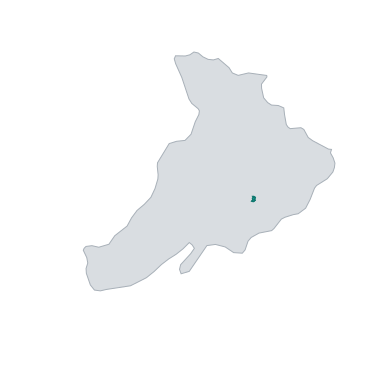 Puñal, Santiago, Dominican Republic shown in context, rotated 129°
{"feature_id": "3306468B15896052245603", "entity_name": "Puñal", "entity_type": "district", "adm_level": 2, "iso_a3": "DOM", "parent_name": "Dominican Republic", "parent_adm1": "Santiago", "projection": "robinson", "projection_center": [-70.606, 19.379], "detail": "fine", "context": "in_parent", "style": "filled", "palette": "teal", "viewbox_px": 384, "rotation_deg": 129, "n_neighbors": 0, "source": "geoboundaries", "source_scale": "gbopen_adm2", "svg_char_len": 2162}
<svg xmlns="http://www.w3.org/2000/svg" viewBox="0 0 384 384"><g transform="rotate(129 192 192)"><path d="M71.7,255.6L72.1,241.4L74.1,235.6L72.3,229.5L63.9,223.0L58.9,214.7L54.4,207.3L55.4,206.2L64.4,205.9L67.6,203.2L73.7,195.6L74.9,189.5L74.4,184.9L70.5,179.4L68.9,173.6L73.8,168.6L80.2,161.2L81.1,158.4L81.0,155.6L73.5,147.8L73.0,144.5L76.5,136.0L76.2,130.5L72.8,113.0L71.1,110.4L74.5,109.0L76.6,103.8L79.6,99.1L83.4,96.7L87.8,95.1L96.5,95.2L108.5,99.3L111.9,99.2L123.5,95.5L133.1,93.5L142.1,95.8L145.8,99.0L153.2,103.9L156.9,105.5L168.7,105.3L171.9,105.8L181.8,114.1L190.1,117.4L195.0,117.5L203.6,114.3L207.9,114.4L212.9,121.5L213.8,131.6L218.0,140.8L224.3,146.7L255.4,144.2L262.4,149.0L260.0,153.0L255.6,155.1L240.8,154.2L234.3,154.7L233.0,158.6L233.0,162.3L241.7,163.2L250.2,165.1L258.8,168.0L267.6,170.1L277.5,171.4L287.3,173.5L303.6,180.8L321.6,197.2L326.5,201.0L329.6,206.1L328.2,212.5L321.7,222.9L318.1,226.2L312.8,228.3L309.2,232.5L305.7,239.8L303.6,240.4L301.0,240.1L296.7,236.0L293.6,229.7L284.9,223.7L274.6,224.5L259.3,221.0L250.1,222.7L240.9,223.1L231.5,221.3L222.0,220.6L212.6,222.9L203.4,226.7L200.0,229.1L194.1,235.0L191.0,237.2L168.7,240.2L162.3,235.9L156.3,229.9L147.7,229.1L135.3,233.7L127.5,235.4L124.3,237.3L123.4,239.6L123.3,247.9L121.6,252.9L109.4,272.0L102.6,285.4L99.7,289.6L96.5,290.5L90.5,282.8L86.7,280.0L82.0,278.6L80.0,274.5L80.1,268.6L78.8,263.0L75.9,258.5L71.7,255.6Z" fill="#d9dde1" stroke="#a8b0b8" stroke-width="1"/><path d="M160.9,138.4L160.6,138.2L160.4,138.1L160.2,138.0L160.1,137.9L159.7,137.9L159.3,137.9L159.1,138.0L158.9,138.0L158.8,137.8L158.7,137.7L158.4,138.0L158.4,138.3L158.4,138.9L158.1,138.9L157.4,138.9L157.1,139.1L156.6,139.2L156.4,139.5L156.4,140.1L156.5,140.8L156.9,141.6L157.2,141.9L157.3,141.5L157.3,141.4L157.3,141.2L157.5,140.9L157.9,141.0L158.0,141.0L158.3,141.1L158.5,141.1L158.8,141.0L159.1,140.8L159.2,140.6L159.3,140.4L159.4,140.2L159.5,140.0L159.6,139.9L159.8,139.8L160.1,139.8L160.3,139.7L160.5,139.7L160.8,139.8L161.0,139.9L161.3,139.9L161.4,139.7L161.5,139.7L161.4,139.5L161.3,139.3L161.2,139.1L161.1,138.9L161.0,138.6L160.9,138.4Z" fill="#14b8a6" stroke="#0f766e" stroke-width="1.5"/></g></svg>